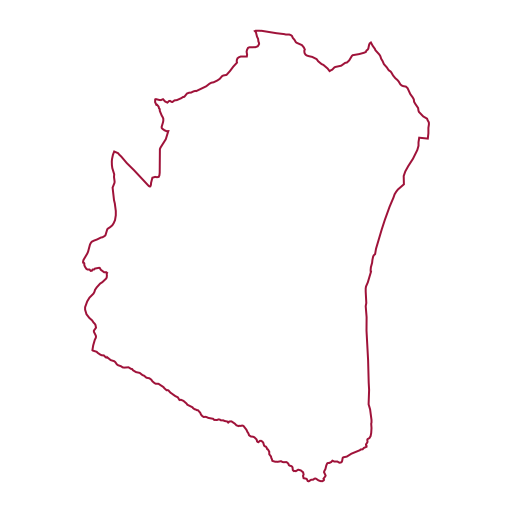 Oshwe, Bandundu, Democratic Republic of the Congo
{"feature_id": "63176286B4112889633509", "entity_name": "Oshwe", "entity_type": "district", "adm_level": 2, "iso_a3": "COD", "parent_name": "Democratic Republic of the Congo", "parent_adm1": "Bandundu", "projection": "robinson", "projection_center": [19.895, -3.147], "detail": "fine", "context": "isolated", "style": "outline", "palette": "rose", "viewbox_px": 512, "rotation_deg": 0, "n_neighbors": 0, "source": "geoboundaries", "source_scale": "gbopen_adm2", "svg_char_len": 5959}
<svg xmlns="http://www.w3.org/2000/svg" viewBox="0 0 512 512"><path d="M427.8,138.6L428.4,133.3L428.4,127.8L428.9,124.6L428.9,123.2L428.8,122.3L427.6,120.2L427.1,118.7L423.2,116.4L419.0,112.0L418.5,110.8L418.1,108.0L415.3,103.9L414.1,101.8L413.8,99.4L412.7,97.4L410.3,94.1L407.6,88.2L405.9,86.6L403.1,86.1L401.7,85.5L400.4,84.4L398.6,81.4L397.3,79.9L395.3,78.2L393.1,75.5L391.3,72.4L390.4,71.3L389.4,70.8L388.3,69.7L386.9,67.5L383.9,64.1L382.6,61.1L381.2,58.8L380.3,56.1L379.3,54.5L375.4,50.2L374.9,48.9L372.6,45.7L370.9,42.5L369.7,43.4L369.1,44.8L368.3,48.6L367.7,49.6L366.5,50.5L365.8,52.0L363.9,52.8L359.1,54.1L352.7,55.2L351.9,55.9L349.2,60.4L347.0,62.5L345.1,62.9L341.2,65.7L335.2,67.0L334.3,67.5L332.2,69.7L331.4,70.0L329.6,71.1L327.6,68.5L323.4,64.9L321.6,64.1L318.2,61.3L316.6,59.1L312.2,56.9L309.0,56.2L307.0,55.6L305.7,54.8L304.9,53.7L304.5,52.8L304.3,50.8L304.8,49.5L303.8,47.4L301.9,45.1L296.5,42.7L295.8,42.1L294.4,39.7L292.8,37.9L292.0,36.0L290.8,35.1L289.2,34.5L285.7,34.5L284.1,34.1L276.4,33.2L261.6,30.8L255.8,30.7L254.9,31.1L255.9,32.2L257.0,36.6L258.1,38.9L258.4,41.5L258.9,42.6L259.1,43.9L258.4,45.3L257.7,46.3L255.4,47.2L249.3,47.3L248.0,47.9L247.0,49.9L246.6,51.7L247.1,54.8L246.8,56.5L240.8,56.5L238.8,57.3L237.5,58.3L236.9,59.8L236.7,61.3L237.0,62.6L233.3,66.6L230.0,71.0L226.5,74.9L223.3,75.5L222.1,76.1L219.7,78.9L217.3,80.5L213.6,82.3L211.4,82.7L209.5,83.7L206.2,86.3L196.2,91.1L195.3,90.9L193.5,91.4L191.0,92.6L189.1,92.7L187.0,93.5L184.4,96.7L183.8,97.0L183.2,96.9L181.2,98.2L176.9,100.1L174.5,100.4L172.4,102.0L171.6,101.9L170.0,100.9L169.1,101.0L167.4,102.6L165.1,101.5L163.0,99.2L160.9,100.1L159.4,100.0L155.9,99.1L155.2,99.4L155.1,102.1L156.4,104.9L157.0,104.7L158.6,106.6L159.0,108.3L159.7,109.1L159.8,110.9L161.7,115.5L162.7,117.2L163.3,118.7L163.3,120.8L163.0,122.3L161.6,127.0L161.8,128.1L162.8,129.2L163.4,129.4L164.5,130.4L165.5,130.6L166.3,131.2L168.3,131.1L165.8,139.2L160.5,147.6L159.9,149.1L159.7,172.8L159.4,175.3L158.7,176.9L157.0,177.2L155.1,176.9L152.4,177.7L151.1,182.7L150.9,184.9L150.3,186.4L149.8,186.5L148.9,186.1L148.0,185.2L134.0,170.2L126.8,163.1L121.3,156.6L119.1,154.5L118.1,153.2L114.2,151.5L112.9,154.9L112.0,159.2L111.8,161.5L111.9,165.1L112.3,168.1L114.2,174.3L114.0,177.0L114.6,181.5L114.5,182.8L112.6,187.6L114.0,200.1L114.8,203.4L115.8,211.0L115.8,215.3L115.0,220.2L113.6,223.3L112.3,225.3L110.2,227.1L107.6,228.8L107.1,229.8L105.5,235.1L104.7,236.0L102.4,237.3L101.0,237.5L97.0,239.5L94.0,240.6L91.8,241.7L90.9,242.8L90.0,244.5L88.1,251.6L87.3,253.5L83.5,259.9L83.1,261.5L83.1,262.6L83.9,262.8L84.3,263.4L84.3,265.0L84.9,266.6L86.4,268.9L87.5,269.5L89.5,269.5L90.7,270.9L91.9,270.7L92.6,269.5L94.0,269.5L94.9,268.6L99.1,267.8L99.7,267.9L100.8,269.8L104.2,272.3L106.2,272.2L107.1,272.9L106.7,273.7L106.9,275.6L106.7,277.4L106.2,278.5L102.3,282.2L100.1,283.6L96.7,287.4L95.0,289.9L94.5,291.7L93.5,293.6L89.5,297.6L87.2,301.4L85.1,307.2L85.1,309.7L86.5,314.3L89.3,317.9L92.1,320.4L93.5,322.5L94.7,323.7L95.5,325.0L96.0,327.7L93.9,330.6L93.9,331.8L95.8,335.6L96.0,336.7L95.8,337.8L94.8,339.8L93.2,345.4L92.4,350.2L92.9,350.6L96.7,351.8L97.6,352.8L100.4,354.7L101.9,355.3L103.8,355.4L105.8,357.4L107.6,357.8L107.6,357.6L110.7,360.1L114.2,361.2L115.3,362.1L116.8,364.3L118.0,365.2L120.9,366.2L122.7,367.4L124.3,367.6L128.5,367.3L130.9,368.8L132.2,369.1L132.9,370.2L136.0,372.1L139.7,372.9L142.5,375.1L144.1,375.7L146.4,377.7L149.4,378.3L151.3,379.7L152.4,381.3L154.4,383.0L155.6,383.7L158.5,383.8L163.6,387.2L164.2,388.1L166.2,389.9L166.8,390.3L167.5,390.1L168.4,390.4L170.4,392.6L175.3,396.1L177.8,397.3L179.4,399.9L179.9,400.1L180.4,399.8L181.0,399.8L183.5,400.9L186.6,403.6L187.3,404.7L192.5,407.3L193.0,408.1L194.7,409.3L195.6,409.4L196.6,410.1L197.9,410.2L200.2,412.7L201.0,414.6L202.3,416.1L203.7,417.0L205.4,416.8L206.6,417.1L208.3,417.9L213.1,418.8L214.2,419.9L217.0,420.0L218.5,419.4L219.8,419.6L220.8,420.3L223.6,420.4L224.2,420.9L227.6,421.6L228.0,422.5L228.3,422.6L229.0,421.8L229.9,421.4L231.5,421.4L234.9,423.7L236.4,425.3L238.0,425.9L238.7,426.1L239.1,425.8L240.9,425.9L241.8,425.6L242.7,425.6L243.6,426.1L246.4,429.7L247.4,431.9L248.3,433.2L249.1,435.3L250.9,436.5L253.0,436.7L254.4,437.3L256.6,439.5L257.1,441.4L257.6,441.9L258.4,442.2L259.8,440.9L261.0,440.8L262.2,441.5L263.2,442.6L264.1,445.6L264.7,446.2L265.8,446.6L266.6,447.6L267.1,449.0L268.0,449.5L268.8,451.0L269.2,451.5L269.3,454.3L271.0,456.5L271.3,458.0L271.7,458.7L272.4,460.9L275.1,461.7L277.8,461.8L281.0,461.2L282.5,462.0L283.7,462.2L286.4,462.1L287.1,462.5L288.3,463.6L288.8,465.0L289.5,465.6L291.1,466.0L291.9,466.5L292.5,467.3L292.8,470.0L293.4,470.7L293.9,471.1L294.9,470.9L295.8,471.2L298.2,469.7L300.8,470.4L303.1,472.3L303.6,474.5L303.0,475.9L303.6,478.2L306.1,478.7L306.8,479.1L307.7,481.0L308.6,481.3L309.4,481.0L310.2,480.3L311.1,479.8L313.3,479.6L314.4,478.7L315.3,478.5L316.2,478.8L318.3,480.3L320.4,481.1L322.4,481.2L323.8,480.3L324.0,479.8L323.5,478.7L325.3,476.3L325.6,475.5L324.0,472.1L324.4,470.9L325.4,469.1L326.3,465.4L327.2,463.4L327.9,463.0L329.7,462.9L330.2,462.4L331.2,462.1L332.4,460.7L334.2,461.5L337.3,461.5L339.4,462.7L340.9,462.5L341.8,461.8L342.2,460.7L342.6,458.3L342.8,457.7L343.4,457.3L346.8,456.6L351.4,453.7L359.9,450.2L360.6,449.5L362.6,449.3L363.9,447.9L366.5,446.8L366.6,446.0L366.0,445.1L366.0,444.4L367.3,442.4L367.5,441.7L367.3,439.8L367.6,439.1L369.4,438.1L370.6,436.1L371.2,433.0L371.5,428.1L371.2,423.8L371.5,422.4L371.5,420.0L370.1,409.4L368.6,404.3L369.1,390.0L368.7,382.5L368.1,360.3L366.5,330.6L366.6,317.2L365.7,306.2L366.3,303.0L365.7,291.7L365.7,288.4L366.0,286.5L367.8,282.4L370.9,272.0L371.0,271.5L370.7,271.4L370.6,270.2L370.9,267.2L372.1,262.8L372.4,260.0L373.1,256.7L373.7,255.4L375.1,254.1L376.0,248.8L381.8,229.2L384.9,219.7L389.6,206.7L393.5,197.5L394.6,194.3L396.2,191.7L397.9,189.5L403.9,184.3L403.7,176.0L405.3,171.4L408.3,166.0L413.0,158.7L417.3,150.0L418.5,145.8L418.5,142.3L419.2,137.7L427.8,138.6Z" fill="none" stroke="#9f1239" stroke-width="2"/></svg>